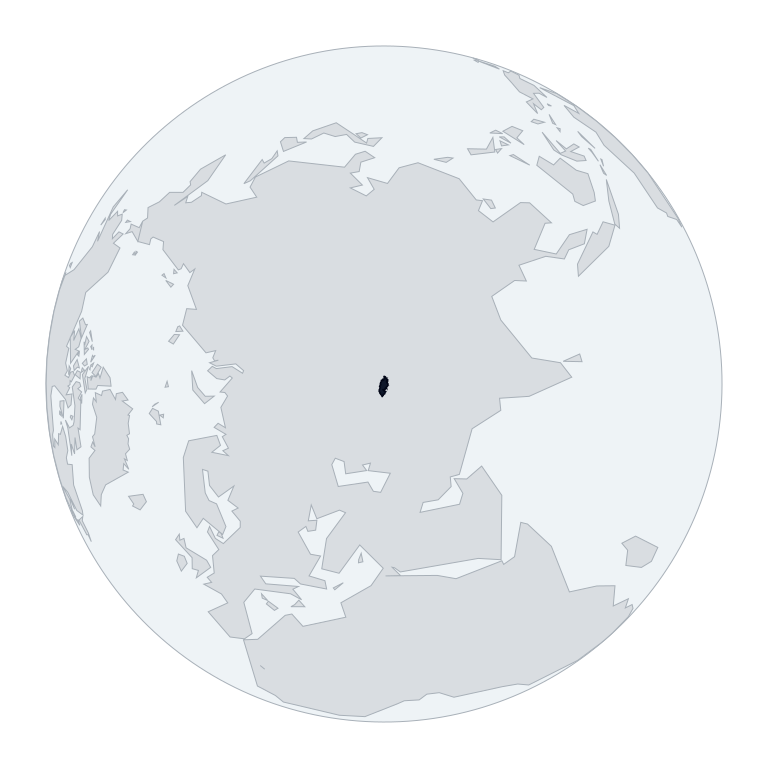 Jalal-Abad on an orthographic globe, rotated 276°
{"feature_id": "KGZ-1120", "entity_name": "Jalal-Abad", "entity_type": "Region", "adm_level": 1, "iso_a3": "KGZ", "parent_name": "Kyrgyzstan", "parent_adm1": "", "projection": "orthographic", "projection_center": [73.017, 41.512], "detail": "fine", "context": "on_globe", "style": "filled", "palette": "ink", "viewbox_px": 768, "rotation_deg": 276, "n_neighbors": 0, "source": "natural_earth", "source_scale": "10m", "svg_char_len": 14215}
<svg xmlns="http://www.w3.org/2000/svg" viewBox="0 0 768 768"><g transform="rotate(276 384 384)"><circle cx="384" cy="384" r="338" fill="#eef3f6" stroke="#a8b0b8"/><path d="M453.8,53.4L452.5,53.2L447.4,52.1L453.8,53.4ZM445.7,51.8L444.6,51.7L452.8,53.8L458.6,55.3L465.3,63.8L490.0,79.6L505.9,85.2L496.0,84.2L531.8,96.2L550.4,108.8L524.3,94.4L517.8,93.1L527.9,101.0L523.3,101.5L525.6,105.9L519.3,106.0L504.5,98.5L500.1,98.7L507.6,104.5L505.9,108.9L495.7,100.2L491.7,107.2L466.3,97.8L443.9,77.8L424.7,75.7L388.3,64.3L386.5,66.8L371.6,65.2L364.0,67.7L359.4,65.7L357.4,69.6L363.0,71.1L364.0,73.5L360.0,75.4L353.5,72.8L354.5,71.5L350.5,71.8L348.9,69.8L347.5,71.8L340.0,69.0L341.5,74.7L330.6,74.9L327.2,72.3L335.4,68.8L347.8,56.7L346.9,54.3L337.4,53.9L303.3,60.1L299.1,59.7L287.7,61.8L286.4,63.3L294.8,62.3L289.6,66.4L300.6,65.6L300.1,67.4L308.2,68.8L298.5,72.9L284.7,76.5L277.4,75.8L271.2,77.7L271.2,82.3L251.1,85.9L226.4,97.3L222.2,98.3L226.1,91.7L243.4,80.7L248.5,75.3L236.6,83.5L226.1,87.1L220.7,90.0L216.3,93.0L217.0,93.7L211.6,96.3L221.3,88.3L226.3,85.8L223.2,88.1L231.3,83.3L237.8,79.4L233.9,81.2L256.0,71.3L278.6,62.9L301.9,56.2L325.5,51.2L349.4,47.9L373.5,46.2L397.7,46.4L421.8,48.2L445.7,51.8ZM461.9,56.1L453.5,53.9L447.7,52.2L455.2,53.8L461.9,56.1ZM472.2,61.2L467.0,59.8L468.9,58.8L471.3,59.9L472.2,61.2ZM518.4,89.6L512.4,85.7L519.8,89.4L518.4,89.6ZM527.1,106.5L530.2,107.7L530.1,109.6L527.1,106.5ZM313.0,66.6L310.6,67.7L310.3,66.8L313.0,66.6ZM318.7,66.4L320.0,64.6L323.0,64.3L322.1,65.4L318.7,66.4ZM520.2,111.7L519.0,114.8L517.7,110.2L520.2,111.7ZM316.4,68.7L328.0,64.0L333.1,63.6L334.0,67.5L316.4,68.7ZM516.6,115.8L513.9,124.2L520.7,127.0L500.0,124.3L509.2,117.6L506.5,111.4L511.9,115.3L516.6,115.8ZM366.5,70.8L360.3,69.3L369.1,69.0L366.5,70.8ZM371.9,70.1L397.6,67.1L404.8,70.8L394.8,70.8L407.0,74.8L397.8,78.0L389.1,76.5L386.2,73.3L384.9,77.1L371.9,70.1ZM489.0,121.9L486.2,123.1L486.3,120.5L489.0,121.9ZM365.1,74.5L369.6,73.3L376.2,76.3L368.2,79.3L368.7,77.3L365.1,74.5ZM414.7,74.5L418.1,77.6L411.7,81.0L412.2,82.7L398.3,78.4L414.7,74.5ZM365.2,77.6L364.0,80.8L357.4,81.2L361.0,75.9L365.2,77.6ZM381.2,76.0L383.9,77.7L379.8,77.6L381.2,76.0ZM333.0,85.4L338.3,83.4L342.2,84.7L333.0,85.4ZM364.1,82.0L366.4,81.9L368.5,82.3L366.4,84.6L364.1,82.0ZM394.7,81.3L391.3,82.2L400.0,83.2L395.6,86.2L387.1,82.9L388.9,85.6L387.5,86.5L382.1,82.9L394.7,81.3ZM370.7,88.3L358.3,85.9L347.6,89.1L343.9,87.8L361.8,83.1L370.7,88.3ZM377.9,85.4L372.5,86.8L370.6,84.3L373.0,81.8L377.9,85.4ZM395.6,89.5L404.6,85.8L406.2,86.7L395.6,89.5ZM367.9,89.6L371.0,90.2L367.4,90.1L367.9,89.6ZM387.5,90.0L390.5,88.4L392.2,89.5L387.5,90.0ZM374.5,93.0L370.6,92.0L372.0,90.2L374.5,93.0ZM380.8,92.0L382.4,93.8L375.0,90.0L381.9,91.1L380.8,92.0ZM388.6,91.2L390.6,91.3L387.1,91.7L388.6,91.2ZM371.1,101.0L361.4,96.7L364.8,92.4L373.7,97.0L371.1,101.0ZM153.1,630.7L149.0,626.7L129.4,605.5L99.8,559.4L99.6,548.3L95.3,533.1L79.8,486.3L82.8,471.2L80.0,459.0L73.5,452.0L71.1,437.3L67.7,431.4L51.2,399.8L49.9,374.2L57.2,317.2L62.9,308.5L70.4,289.7L114.9,271.0L116.9,285.1L143.6,309.9L145.6,316.4L134.5,328.7L148.1,370.4L161.9,364.0L182.1,392.2L200.7,402.5L221.4,376.7L191.1,359.1L193.7,341.4L224.3,343.0L252.0,359.2L253.9,352.9L243.0,331.3L256.1,324.3L240.0,323.0L241.5,331.5L231.5,331.3L229.5,323.7L234.2,321.2L227.8,314.1L207.0,328.7L206.3,338.9L185.3,329.5L182.2,345.8L174.1,348.4L176.4,321.9L181.3,315.1L180.0,281.2L172.9,287.3L173.7,320.1L170.4,314.8L160.8,324.6L165.6,313.0L166.6,276.9L152.2,267.4L122.0,278.9L116.0,271.9L116.3,257.4L139.1,233.0L150.0,251.5L158.2,244.3L166.1,225.7L168.7,233.3L173.3,228.4L178.3,234.9L195.4,231.4L202.1,237.0L218.4,223.9L224.1,225.4L212.8,232.4L208.5,240.9L226.3,256.0L232.5,255.4L241.7,246.0L245.4,251.9L252.0,240.9L266.9,245.4L254.3,231.2L264.8,221.1L278.9,218.0L280.1,212.4L257.0,217.6L249.8,222.2L247.3,230.0L225.7,241.7L217.5,239.3L231.5,218.3L221.5,213.0L236.7,200.0L289.9,192.1L307.1,195.7L315.4,223.1L305.9,227.8L298.1,219.9L296.5,236.7L300.8,230.7L303.9,236.0L314.7,228.7L317.4,232.1L323.1,219.6L327.6,223.1L323.9,230.9L343.7,224.2L355.7,229.7L358.9,226.6L358.9,221.8L374.1,232.5L375.8,229.9L371.4,225.2L371.9,217.1L378.7,207.2L383.6,211.4L381.8,215.6L385.4,231.1L379.9,242.2L382.6,243.0L388.5,234.5L384.2,215.4L386.9,208.3L390.4,216.8L389.3,213.1L392.2,211.0L399.6,213.1L396.4,203.7L421.4,177.5L438.3,179.9L438.6,189.7L461.3,178.6L478.6,183.8L474.5,179.3L482.7,172.0L477.4,170.2L476.0,167.5L494.5,150.1L502.6,149.9L506.0,139.0L503.9,136.9L498.1,136.2L500.0,124.3L520.7,127.0L524.4,131.5L534.8,130.9L541.7,141.6L552.2,150.8L553.6,164.1L561.8,170.9L565.0,170.0L578.5,179.1L595.4,202.6L567.8,187.5L539.7,156.8L550.0,169.2L543.5,167.9L544.6,173.5L552.2,182.7L555.6,182.7L546.5,208.0L556.5,237.9L565.8,230.2L576.4,234.5L595.9,265.9L595.5,322.1L609.5,331.6L613.5,340.9L608.1,351.1L602.2,337.8L592.7,337.1L590.2,328.5L579.6,341.7L575.5,330.0L569.2,346.7L576.6,353.9L587.5,346.0L583.8,366.5L600.6,376.4L607.6,394.7L596.0,437.3L576.7,456.5L576.6,462.8L566.3,459.8L556.6,475.5L578.7,500.8L579.4,509.9L561.8,533.7L560.7,527.4L533.6,519.3L531.3,541.7L551.9,552.8L559.1,569.8L544.4,568.6L536.8,553.7L527.2,550.3L527.9,531.5L516.2,505.8L501.3,514.8L500.6,503.1L482.4,482.0L459.8,493.5L425.3,528.3L423.6,557.3L410.4,570.0L386.9,529.6L381.9,500.4L370.0,502.9L348.7,476.3L302.0,468.4L298.5,459.6L289.0,461.5L274.5,450.0L270.3,435.3L260.1,433.3L272.3,471.7L283.5,473.9L297.2,463.7L298.2,476.2L312.6,489.7L285.6,512.8L221.5,518.8L220.4,496.0L198.8,419.9L202.4,413.6L202.5,412.8L202.6,411.2L195.2,420.5L193.3,405.6L199.2,456.9L197.9,476.0L220.5,519.7L217.1,521.9L225.9,531.9L260.7,534.5L259.7,541.4L240.1,567.4L196.6,590.1L205.4,616.8L207.5,634.8L187.2,635.2L196.0,649.5L186.5,647.4L190.6,653.8L186.9,655.1L178.2,651.4L160.2,637.2L153.1,630.7ZM91.1,290.3L87.9,295.2L91.1,290.3ZM275.9,392.0L295.9,399.6L296.2,377.4L303.9,378.8L301.2,371.1L296.1,375.8L290.7,355.3L302.7,352.4L305.1,343.3L298.4,340.5L277.3,349.2L284.8,378.3L276.2,384.6L275.9,392.0ZM225.5,87.5L224.6,88.2L219.4,91.4L220.5,90.3L225.5,87.5ZM204.8,105.6L196.6,109.4L203.2,105.5L203.0,104.2L216.8,94.9L220.7,98.3L216.5,98.2L204.8,105.6ZM236.3,84.6L227.1,89.4L237.0,84.0L236.3,84.6ZM193.4,197.3L191.8,203.4L185.0,207.0L176.7,202.0L186.4,196.4L193.4,197.3ZM191.2,211.3L207.4,193.0L213.3,196.1L207.3,197.3L209.5,201.2L200.4,204.3L190.2,226.0L183.5,230.8L171.6,217.6L179.2,218.9L180.3,212.6L191.2,211.3ZM238.5,147.7L245.6,141.7L249.1,155.9L242.1,160.0L233.3,154.6L236.4,146.7L238.5,147.7ZM315.8,77.3L318.3,75.4L320.1,75.9L319.4,78.0L315.8,77.3ZM335.2,84.3L306.8,86.5L308.2,84.3L289.9,89.2L286.5,85.5L298.5,82.3L282.1,83.6L291.6,79.2L280.1,81.0L307.1,74.2L314.9,70.9L307.5,75.8L310.4,79.2L314.0,79.7L330.1,78.9L348.4,74.3L354.2,77.6L353.5,81.2L350.0,82.7L347.3,80.0L344.5,84.1L338.0,81.4L335.2,84.3ZM341.3,131.1L339.7,125.5L333.0,136.7L326.4,132.6L326.1,134.2L318.2,133.7L307.9,136.1L306.1,133.6L302.9,135.7L297.6,135.7L292.6,137.9L287.6,134.2L281.1,136.7L282.4,133.7L272.5,139.1L277.6,133.5L271.2,133.5L269.6,138.9L254.6,117.7L244.4,114.4L233.1,115.0L243.4,106.4L260.5,100.7L279.4,98.5L287.7,103.5L290.8,99.1L295.8,100.3L291.3,103.3L301.2,99.6L304.0,101.5L320.8,101.8L333.4,96.2L339.8,96.5L336.3,99.7L345.2,97.8L343.0,104.3L347.5,104.8L349.9,112.1L340.5,118.6L346.4,118.8L348.4,124.8L341.3,131.1ZM371.4,103.0L361.6,110.9L353.3,112.8L352.6,99.4L348.8,98.1L348.1,90.4L360.2,88.0L359.3,90.3L361.3,92.1L356.7,92.1L361.8,93.5L360.7,96.9L364.4,99.0L360.2,100.9L371.4,103.0ZM152.8,314.7L155.2,318.2L160.1,321.9L154.2,328.5L152.8,314.7ZM153.0,290.0L155.9,291.7L149.9,302.0L147.4,298.7L153.0,290.0ZM162.6,284.1L156.5,291.0L158.3,285.3L162.6,284.1ZM216.0,233.7L219.8,235.2L218.2,237.8L213.8,240.0L216.0,233.7ZM320.1,166.3L320.5,162.1L322.9,161.7L330.1,153.6L335.6,156.4L333.4,162.4L320.1,166.3ZM213.3,379.0L205.0,381.6L203.5,377.3L206.7,377.2L213.3,379.0ZM175.9,354.9L182.1,364.3L174.2,356.6L175.9,354.9ZM327.3,168.0L329.6,164.2L330.9,168.0L327.3,168.0ZM339.9,158.1L342.3,161.8L337.1,155.8L339.9,158.1ZM259.0,650.1L250.1,673.4L235.6,668.5L228.5,659.2L228.8,643.5L244.2,643.7L250.5,637.2L259.0,650.1ZM623.5,579.6L630.4,576.1L630.0,577.3L623.5,579.6ZM616.5,580.4L624.7,575.8L614.7,583.6L616.5,580.4ZM627.9,574.0L636.2,566.6L639.9,562.5L638.9,565.1L627.9,574.0ZM610.7,583.7L577.3,599.4L563.5,602.0L567.2,596.8L589.5,588.5L610.7,583.7ZM566.1,597.1L544.4,593.2L511.5,566.1L523.4,563.9L557.1,575.9L555.1,580.3L568.2,584.9L566.1,597.1ZM616.7,552.9L614.5,564.8L596.5,573.0L588.1,575.1L582.3,563.5L585.6,554.7L592.6,551.9L617.5,513.1L626.7,514.6L619.6,529.8L627.0,535.6L616.7,552.9ZM425.3,559.8L434.3,575.5L426.9,578.6L425.3,559.8ZM625.7,488.7L616.9,506.1L624.3,485.3L625.7,488.7ZM628.9,470.5L630.4,476.3L625.5,472.8L628.9,470.5ZM578.1,471.7L570.7,476.3L569.6,471.9L578.4,463.4L578.1,471.7ZM612.7,410.1L616.1,423.7L615.9,429.0L610.9,422.7L612.7,410.1ZM377.2,191.3L361.1,199.0L353.1,207.5L354.2,216.4L345.7,207.6L358.0,194.5L377.2,191.3ZM415.5,178.5L414.4,171.5L419.4,172.9L420.4,174.7L415.5,178.5ZM411.6,175.5L401.7,170.3L404.0,165.3L411.4,170.3L411.6,175.5ZM364.0,168.0L358.8,169.9L357.9,166.6L364.0,168.0ZM621.4,624.5L579.6,659.0L571.1,663.9L578.2,657.9L580.3,648.7L583.6,647.1L587.7,637.6L619.9,610.8L644.4,577.9L656.6,568.5L669.2,544.9L679.9,533.9L673.5,549.4L680.7,543.7L695.0,507.9L690.9,525.3L680.0,547.1L667.5,568.0L653.5,587.9L638.1,606.8L621.4,624.5ZM640.4,569.3L650.7,554.7L655.5,550.2L640.4,569.3ZM717.5,438.6L717.4,439.1L717.5,438.2L717.5,438.6ZM706.5,475.1L708.5,477.5L705.2,486.0L702.0,487.2L696.6,502.0L686.0,516.1L689.4,507.8L688.7,502.3L675.8,514.0L673.2,511.8L678.4,503.4L669.0,508.5L679.4,496.1L683.1,502.3L688.7,488.2L697.0,479.4L703.9,471.7L708.0,469.8L706.5,475.1ZM678.1,518.7L679.8,516.9L678.0,521.5L678.1,518.7ZM716.9,439.6L717.2,439.9L716.9,441.7L716.6,443.2L716.9,439.6ZM709.2,465.9L714.3,446.8L715.1,444.4L711.6,461.1L709.2,465.9ZM713.7,444.0L715.4,440.1L715.9,442.2L715.4,444.5L713.7,444.0ZM656.9,529.3L656.3,532.5L653.4,532.7L656.9,529.3ZM660.9,524.5L669.4,520.0L659.9,527.6L660.9,524.5ZM631.8,535.2L634.7,540.3L644.1,529.7L636.9,540.8L642.6,547.7L640.1,553.3L634.7,545.4L631.6,559.2L627.4,561.6L625.8,552.5L630.4,536.6L634.5,528.4L651.0,514.9L631.8,535.2ZM661.1,516.2L658.7,509.9L660.3,503.0L663.0,505.3L661.1,516.2ZM650.4,495.5L642.7,490.4L636.7,498.4L647.8,475.8L653.6,484.4L650.4,495.5ZM642.3,477.6L636.8,485.1L641.8,472.8L642.3,477.6ZM634.8,482.7L633.1,476.0L638.0,473.9L634.8,482.7ZM645.4,475.9L644.7,463.0L648.1,468.5L645.4,475.9ZM628.3,461.3L640.6,466.5L626.3,470.0L621.0,446.6L626.7,442.5L628.3,461.3ZM630.2,341.5L626.2,335.3L630.0,330.1L631.7,335.8L630.2,341.5ZM638.8,309.2L629.7,326.7L621.8,341.5L626.5,342.3L628.7,356.2L619.2,348.7L621.5,329.6L628.3,320.7L625.0,309.6L627.3,297.9L620.1,286.3L619.7,278.7L628.3,286.7L638.8,309.2ZM616.6,281.7L604.8,259.7L614.1,255.7L618.7,259.6L620.2,271.2L615.3,272.6L616.6,281.7ZM604.7,253.4L599.8,254.7L572.1,229.8L568.6,223.7L594.5,239.4L591.2,241.7L596.4,248.9L604.7,253.4ZM489.4,125.0L486.5,123.3L490.1,123.5L489.4,125.0ZM472.9,166.7L471.7,163.2L476.1,163.2L472.9,166.7ZM470.8,153.7L466.7,156.0L469.0,151.8L470.8,153.7ZM458.0,161.9L464.2,156.1L461.2,164.3L458.0,161.9Z" fill="#d9dde1" stroke="#a8b0b8" stroke-width="1"/><path d="M374.9,380.8L375.1,380.8L375.7,380.3L376.1,380.2L376.3,379.9L377.0,380.0L377.2,379.9L377.4,379.9L377.9,379.9L378.0,379.9L378.8,380.3L379.1,380.3L379.6,380.5L379.8,380.7L380.1,380.7L380.3,380.6L380.4,380.4L380.5,380.2L380.8,379.9L381.1,379.9L381.3,379.9L381.4,380.0L381.5,380.1L381.8,380.2L382.0,380.3L382.2,380.2L382.3,380.2L382.4,380.3L382.7,380.4L382.8,380.4L382.9,380.5L383.1,380.7L383.1,380.8L383.3,380.7L383.5,380.7L383.6,380.4L384.1,380.3L384.3,380.3L384.5,380.4L384.8,380.5L385.0,380.5L385.3,380.6L385.5,380.8L385.6,381.0L385.8,381.0L386.0,381.0L386.3,381.0L386.7,381.2L386.8,381.2L387.1,381.0L387.3,381.0L387.4,381.4L387.3,381.6L387.2,381.7L387.1,381.8L387.3,382.0L387.5,382.0L387.6,381.9L387.8,382.0L388.0,381.9L388.2,382.0L388.2,382.3L388.2,382.6L388.4,382.7L388.6,382.7L388.8,382.7L388.8,382.8L388.9,383.4L388.9,383.5L388.7,383.4L388.6,383.2L388.4,382.9L388.1,382.9L387.9,383.0L388.0,383.1L388.1,383.3L388.3,383.4L388.3,383.5L388.5,383.5L388.8,383.7L389.0,383.6L389.3,383.8L389.5,383.7L389.8,383.7L390.0,383.7L390.1,383.8L390.2,383.7L390.3,383.7L390.5,383.6L391.3,383.4L391.3,383.2L391.5,383.2L391.6,383.3L391.6,383.6L391.6,383.8L391.5,384.0L391.4,384.4L391.2,384.7L391.0,384.8L390.9,384.9L390.5,384.9L390.5,385.0L390.4,385.0L389.9,385.2L389.9,385.3L390.0,385.5L390.0,385.8L389.9,385.7L389.5,385.8L389.3,385.8L389.1,385.9L388.9,386.0L388.7,386.1L388.7,386.3L389.0,386.5L388.6,387.2L388.1,386.9L388.0,386.7L387.9,386.5L387.9,386.4L387.7,386.3L387.4,386.7L387.4,386.8L387.2,386.9L387.1,387.0L387.1,387.3L386.9,387.2L386.7,387.1L386.6,386.9L387.0,386.5L387.0,386.4L386.9,386.2L386.7,386.2L386.7,386.3L386.7,386.5L386.2,386.5L385.9,386.5L385.7,386.7L385.7,386.9L385.4,386.8L385.2,387.0L385.1,387.3L385.1,387.5L384.7,387.8L384.5,388.0L384.4,388.0L384.2,388.0L384.1,387.9L383.9,387.8L383.6,387.9L383.4,388.1L383.3,387.8L383.2,387.8L382.6,387.8L382.4,387.8L382.2,387.7L381.9,387.3L381.8,387.2L381.7,387.2L381.6,386.9L381.4,386.9L381.2,386.9L381.0,386.6L380.9,386.6L380.8,386.8L380.6,386.9L380.2,387.0L380.3,386.9L380.3,386.6L380.3,386.3L380.3,386.2L380.2,386.0L380.2,385.9L379.9,385.9L379.8,386.0L379.6,386.1L379.5,385.9L379.4,385.8L379.0,385.9L378.9,385.8L378.9,385.6L378.9,385.3L378.9,385.1L378.4,384.3L378.3,384.5L378.2,384.5L378.2,384.4L378.1,384.5L378.1,384.4L378.1,384.1L378.1,383.9L378.1,383.7L377.9,383.8L377.7,384.1L377.8,384.2L377.9,384.3L377.9,384.5L377.7,385.1L377.4,385.2L377.2,385.1L377.0,384.9L376.9,384.9L376.9,385.0L376.9,386.0L376.8,386.3L376.5,386.0L376.4,386.2L376.3,386.3L376.2,386.2L376.1,385.9L375.9,385.9L375.9,386.0L375.8,386.3L375.8,386.2L375.7,386.1L375.4,386.0L375.3,385.9L375.2,385.8L374.9,385.8L374.7,385.8L374.6,385.7L374.4,385.5L374.3,385.4L374.2,385.4L374.1,385.5L374.0,385.4L374.1,384.9L374.0,384.7L373.8,384.3L373.7,384.2L372.9,384.4L372.8,384.5L372.7,384.5L372.6,384.4L372.5,384.2L372.4,384.1L372.2,383.9L371.6,383.8L371.4,383.7L371.4,383.4L372.2,383.0L372.4,382.8L372.6,382.7L372.8,382.5L373.0,382.2L373.6,381.6L374.2,381.5L374.3,381.5L374.4,381.4L374.4,381.0L374.5,380.8L374.9,380.8Z" fill="#0f172a" stroke="#020617" stroke-width="1.5"/></g></svg>